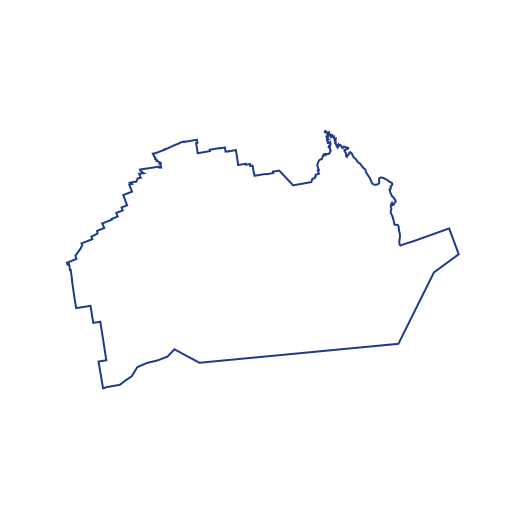 San Justo, Córdoba, Argentina, rotated 69°
{"feature_id": "61730980B4375422681595", "entity_name": "San Justo", "entity_type": "district", "adm_level": 2, "iso_a3": "ARG", "parent_name": "Argentina", "parent_adm1": "Córdoba", "projection": "robinson", "projection_center": [-62.92, -31.204], "detail": "fine", "context": "isolated", "style": "outline", "palette": "blue", "viewbox_px": 512, "rotation_deg": 69, "n_neighbors": 0, "source": "geoboundaries", "source_scale": "gbopen_adm2", "svg_char_len": 6005}
<svg xmlns="http://www.w3.org/2000/svg" viewBox="0 0 512 512"><g transform="rotate(69 256 256)"><path d="M299.5,65.8L298.6,103.6L298.1,112.1L298.0,117.3L296.7,117.9L296.0,117.6L293.9,117.1L290.6,115.3L289.5,114.6L285.9,113.6L283.7,113.4L280.4,112.5L279.2,112.3L277.9,112.5L277.3,113.3L277.0,114.6L276.2,115.4L275.0,115.3L272.1,114.8L267.9,114.4L264.3,114.7L263.2,114.5L262.2,113.9L261.2,113.1L260.1,112.7L257.7,112.3L256.6,111.7L255.8,110.9L255.1,110.0L257.4,110.1L257.3,108.8L256.6,108.3L255.7,107.2L255.3,106.0L254.2,105.9L251.8,106.3L250.5,106.7L248.6,107.7L247.4,107.6L245.1,107.9L241.7,107.5L241.6,106.3L240.7,105.7L239.6,105.6L238.9,104.6L238.5,103.4L237.5,102.9L236.3,103.1L235.5,103.9L232.6,106.0L231.6,106.6L228.9,109.1L228.1,110.0L227.6,111.1L227.4,112.3L227.9,113.3L229.0,113.9L231.3,114.4L232.2,115.2L232.6,116.3L232.6,117.4L232.5,118.7L231.2,120.8L230.1,121.4L228.9,121.7L224.2,121.7L220.6,122.6L217.2,123.3L214.8,122.9L213.7,123.3L212.8,123.9L211.6,124.5L207.1,125.7L206.2,126.4L205.2,127.1L204.1,127.5L201.7,128.0L200.6,128.5L199.6,129.2L197.2,129.7L194.9,129.8L193.8,130.2L192.8,130.8L193.1,131.9L194.1,132.6L194.5,133.7L195.2,134.6L196.0,135.5L195.3,136.1L194.1,135.8L193.1,135.3L192.0,135.2L190.8,135.5L189.6,135.7L188.6,135.4L189.0,134.3L188.8,133.3L188.8,132.2L188.3,131.2L187.4,131.9L187.1,133.0L186.1,133.8L185.3,134.7L186.0,135.6L186.0,136.8L184.8,137.0L183.6,137.1L183.0,137.3L183.1,137.5L182.7,137.9L182.1,138.2L182.1,138.6L181.8,138.7L181.7,138.9L181.3,139.0L181.7,139.5L181.9,139.5L181.9,139.8L182.9,140.2L183.2,139.9L183.4,140.4L184.0,140.9L183.2,141.1L182.7,140.9L182.6,141.0L182.5,141.3L182.0,141.1L181.6,141.0L179.0,141.7L178.5,141.4L178.8,141.2L178.6,140.8L178.4,140.8L178.1,141.0L177.7,141.0L176.9,140.5L176.9,141.1L176.5,141.0L176.5,140.5L176.3,140.3L175.9,140.2L175.1,139.6L174.9,139.5L174.9,139.8L175.2,140.1L175.0,140.3L175.3,140.5L175.1,140.8L174.2,141.0L173.7,140.9L173.3,141.0L173.3,140.6L173.1,140.5L172.9,140.6L172.5,140.4L172.2,140.4L172.2,140.8L171.8,141.5L171.3,141.6L170.3,141.5L170.1,141.6L170.1,141.8L170.3,142.5L170.6,142.7L171.7,142.6L172.1,143.4L172.1,143.5L171.9,143.6L171.4,143.3L171.1,143.3L169.4,143.5L168.7,143.4L167.5,143.8L166.6,143.5L166.7,144.1L166.8,144.3L166.3,144.8L165.9,145.8L165.5,146.3L164.9,146.6L164.7,146.5L164.6,146.2L164.3,146.2L164.2,146.3L164.3,146.5L164.2,146.8L164.6,147.3L164.8,147.4L165.0,147.3L165.5,147.0L165.6,146.8L165.6,146.4L166.3,145.9L166.4,145.4L166.9,145.4L167.3,145.3L168.1,145.7L169.2,145.4L169.3,145.7L169.6,145.6L169.6,145.9L169.9,146.1L169.5,146.6L169.5,147.4L169.6,147.5L170.0,147.4L170.1,146.6L170.3,146.6L170.5,147.0L170.8,147.1L171.1,146.9L171.0,146.4L171.6,146.7L171.3,146.9L171.4,147.5L171.7,147.6L172.1,147.3L172.4,147.2L172.8,146.9L172.6,147.5L172.9,147.8L173.0,148.1L173.3,148.2L173.6,148.0L174.0,147.9L174.6,148.0L175.1,147.8L175.2,148.0L175.5,147.7L175.7,148.0L176.1,148.2L176.1,147.9L176.3,147.7L176.1,147.2L176.3,146.7L176.6,147.1L177.0,147.2L177.2,146.8L176.8,146.1L177.2,146.2L177.6,146.1L178.6,146.5L179.0,146.9L179.1,147.4L179.6,147.8L179.4,148.3L179.7,148.7L180.2,149.2L180.4,149.1L180.4,148.9L180.9,148.9L181.1,148.7L181.0,148.4L180.8,148.3L180.9,148.1L181.2,148.3L181.6,148.2L181.9,148.6L183.1,148.7L184.0,148.5L184.3,148.6L184.5,148.9L184.9,148.9L185.3,149.3L186.2,150.5L186.5,151.2L186.8,151.3L186.6,152.1L186.6,152.4L186.5,152.5L186.5,152.9L186.0,153.5L186.0,154.1L185.8,154.1L185.6,154.5L185.7,154.9L186.1,155.3L186.4,155.4L186.5,155.2L186.8,155.2L186.7,155.5L186.5,155.8L185.7,155.7L185.4,156.1L185.7,156.3L185.9,156.7L186.2,157.1L186.3,157.5L186.8,157.6L187.4,158.4L189.1,159.7L189.1,160.6L188.9,161.4L189.0,161.7L189.2,162.4L189.9,163.5L191.1,164.7L192.0,165.4L193.6,166.4L197.1,166.5L197.3,166.7L198.4,166.6L198.3,167.6L201.8,167.8L201.5,171.2L201.7,171.4L202.8,171.6L203.0,171.8L203.3,172.5L203.9,172.5L204.2,173.3L204.1,174.0L204.4,174.3L204.5,174.5L204.1,175.5L204.2,175.8L204.4,176.1L205.7,176.9L206.8,177.9L205.3,185.9L203.3,196.0L184.6,203.7L183.3,209.9L184.7,210.2L183.9,214.4L183.7,215.9L182.7,218.2L180.6,228.6L178.6,228.2L178.5,228.4L170.4,226.8L169.9,229.1L168.0,228.6L167.1,232.8L166.2,232.6L164.7,240.0L149.9,236.8L148.5,244.3L148.3,244.2L147.7,247.0L143.5,246.2L142.4,251.4L142.2,251.4L140.2,261.1L141.5,261.4L140.6,266.5L139.1,273.6L129.1,271.4L129.4,270.2L126.3,269.5L123.8,282.2L123.4,282.1L123.0,284.7L123.3,287.5L123.3,292.3L123.8,299.0L123.8,302.0L123.7,302.0L123.6,302.8L124.0,302.8L124.0,312.8L123.5,315.6L124.1,315.5L124.4,315.1L124.7,315.1L125.2,315.5L125.6,315.3L126.0,315.4L126.8,315.2L127.6,314.9L127.8,315.1L128.0,315.0L128.3,315.1L128.6,314.8L129.1,315.2L129.4,315.4L129.6,315.3L129.6,315.0L129.7,314.9L130.8,314.4L131.6,314.8L131.7,314.6L131.5,314.3L131.4,314.1L131.9,314.0L132.3,313.7L132.7,313.6L133.0,313.2L133.3,313.1L133.7,313.2L133.8,313.0L134.1,312.4L134.6,312.6L134.4,312.0L134.5,311.9L134.9,311.6L135.5,311.6L135.7,312.3L135.8,312.4L136.4,312.3L137.0,312.5L137.7,312.4L138.0,312.5L138.3,312.9L139.3,312.9L138.8,313.8L139.0,314.1L138.8,314.4L138.4,314.6L138.3,315.1L138.0,315.1L137.8,314.8L137.7,314.8L135.8,324.0L133.7,333.3L134.9,333.3L135.8,333.0L137.6,331.8L138.5,331.1L137.4,335.6L141.7,335.6L141.1,338.7L143.7,341.1L142.4,347.2L144.3,346.1L143.8,348.7L151.5,348.7L151.5,358.1L162.5,358.2L162.5,364.1L165.7,364.1L165.7,371.0L169.6,371.0L169.6,377.4L170.4,377.4L170.5,381.4L170.5,387.9L175.5,387.6L175.6,395.3L178.2,395.9L178.7,399.6L179.0,402.8L181.7,402.8L181.7,414.4L183.8,414.4L184.4,415.3L185.4,416.4L186.1,416.9L186.3,417.5L186.8,417.8L187.0,418.4L189.2,421.5L191.0,424.6L194.3,424.6L194.5,430.1L194.5,435.0L196.6,435.0L196.7,433.4L202.4,434.7L202.5,434.0L212.6,436.3L212.5,436.5L231.5,440.8L240.2,442.6L243.2,428.4L260.1,431.9L261.6,424.9L299.7,433.1L298.1,440.8L324.7,446.2L324.9,445.4L324.8,442.8L327.5,429.2L325.8,423.7L323.6,414.9L317.4,406.9L317.2,406.4L316.8,397.6L316.8,396.2L318.2,385.3L318.2,374.7L313.9,365.6L335.4,347.1L389.0,154.5L335.1,95.8L327.0,66.1L299.5,65.8Z" fill="none" stroke="#1e3a8a" stroke-width="2"/></g></svg>